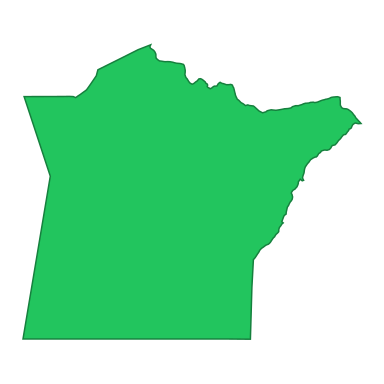 Bondo, Nyanza, Kenya
{"feature_id": "3690345B84738590288078", "entity_name": "Bondo", "entity_type": "district", "adm_level": 2, "iso_a3": "KEN", "parent_name": "Kenya", "parent_adm1": "Nyanza", "projection": "orthographic", "projection_center": [34.246, -0.149], "detail": "fine", "context": "isolated", "style": "filled", "palette": "green", "viewbox_px": 384, "rotation_deg": 0, "n_neighbors": 0, "source": "geoboundaries", "source_scale": "gbopen_adm2", "svg_char_len": 4332}
<svg xmlns="http://www.w3.org/2000/svg" viewBox="0 0 384 384"><path d="M97.9,69.8L96.3,75.8L91.6,82.7L88.6,87.0L86.5,89.9L85.8,90.4L85.3,90.8L84.6,91.3L79.8,94.8L78.7,95.5L77.9,96.0L77.1,96.6L76.3,97.2L75.6,97.6L74.4,97.1L73.4,96.6L69.2,96.4L63.2,96.5L24.1,96.6L39.0,141.8L50.3,176.2L23.0,339.0L25.3,339.0L47.7,339.0L96.5,339.0L135.9,339.0L151.4,339.0L171.3,339.0L175.6,339.0L180.8,339.0L227.3,339.0L250.4,339.2L251.9,287.3L253.4,259.6L254.0,259.0L255.1,257.7L256.3,255.9L256.8,255.1L257.5,254.0L258.0,253.3L258.6,252.5L259.7,250.4L260.3,249.6L261.6,248.3L263.5,247.0L265.2,245.7L266.1,245.1L266.7,244.8L268.2,244.3L269.4,243.4L270.6,242.0L270.9,241.5L271.4,240.7L272.4,239.2L272.9,238.5L273.5,237.7L274.6,236.8L275.2,235.6L276.2,234.2L276.7,233.8L277.5,233.1L278.7,231.7L278.8,229.5L279.3,227.8L280.0,226.7L280.8,225.8L281.8,224.1L283.2,222.9L281.8,221.7L282.1,220.9L282.7,219.3L282.9,218.6L283.2,218.0L283.7,216.5L284.1,215.8L284.7,215.1L286.1,214.1L286.2,212.3L286.7,210.1L287.2,207.8L287.5,206.9L288.4,205.7L288.8,204.9L289.1,204.1L289.8,202.8L290.1,202.2L291.4,200.7L292.2,199.2L292.5,197.7L292.6,196.8L292.4,196.1L292.0,194.4L291.3,193.2L291.7,192.0L292.9,190.3L295.2,188.9L295.7,188.2L296.9,186.9L297.7,185.2L298.0,184.4L298.3,183.4L298.3,182.0L299.0,181.0L300.2,179.2L302.2,180.8L303.6,180.3L302.6,178.2L302.6,177.4L303.0,175.7L303.7,173.8L304.0,172.9L304.1,172.2L304.4,170.0L304.7,168.6L305.3,166.9L306.2,165.6L307.1,164.2L308.1,163.0L309.1,161.9L309.9,160.6L310.7,159.6L312.4,158.5L313.3,157.9L314.9,157.2L315.6,157.0L316.2,157.0L317.4,155.9L317.9,154.9L318.8,153.5L320.4,152.5L321.4,151.0L323.5,150.3L324.2,150.1L324.9,150.0L326.5,150.2L327.2,150.2L329.4,149.5L330.7,148.1L331.1,147.5L331.3,146.9L332.3,145.5L335.0,144.9L335.7,144.2L336.8,143.0L337.5,142.0L338.6,140.4L339.7,139.5L340.7,138.4L341.8,136.8L343.5,134.8L345.6,134.4L346.7,133.0L347.3,132.0L348.6,130.6L349.1,129.1L349.7,128.9L350.4,128.7L351.4,127.8L351.6,127.0L351.9,126.3L352.8,124.6L354.5,123.4L355.1,123.1L355.8,123.1L357.3,123.5L358.5,123.7L361.0,123.5L359.8,122.1L359.2,121.5L358.8,121.1L357.8,120.0L357.1,119.2L355.7,117.7L354.9,116.1L353.6,114.6L352.2,112.7L350.6,111.2L349.6,110.5L348.4,109.6L346.8,108.9L344.7,108.7L343.6,108.6L342.3,108.2L341.2,106.9L340.4,105.3L340.3,104.2L340.3,101.9L340.3,100.8L340.1,99.9L340.0,97.5L338.3,96.9L337.3,96.7L336.3,96.8L334.9,96.9L334.3,97.0L333.6,97.0L331.8,97.3L331.2,97.4L330.6,97.7L329.3,98.4L327.3,99.0L325.5,99.3L324.4,99.7L322.6,100.1L321.4,100.5L319.9,101.1L318.2,101.8L317.5,102.1L316.5,102.3L314.7,102.6L313.5,102.2L312.8,102.2L312.1,102.3L310.4,102.4L309.7,102.7L308.9,103.0L306.8,103.2L306.0,103.2L305.2,103.3L303.3,103.9L301.8,104.6L301.2,104.8L300.4,105.0L298.3,105.7L297.3,105.7L295.6,105.7L294.9,105.9L294.0,106.2L292.4,106.7L291.2,107.8L290.2,108.1L288.2,108.5L287.1,108.6L285.7,108.7L284.3,108.8L283.5,109.0L281.5,109.4L278.7,109.9L275.9,110.3L272.9,110.0L271.2,109.8L269.4,110.2L267.8,110.6L267.0,110.9L265.7,112.0L264.9,112.1L263.3,112.6L262.6,112.8L260.4,111.7L259.6,111.3L258.7,110.7L257.1,109.2L256.4,108.6L255.6,107.8L254.1,106.5L253.4,106.0L250.4,105.6L249.4,105.5L247.8,104.9L246.1,105.4L245.5,105.6L244.1,104.5L243.6,104.1L242.9,103.6L241.7,103.0L241.1,102.7L238.9,100.4L237.2,99.1L236.6,97.7L236.3,97.2L235.5,95.3L235.3,94.5L235.2,93.8L234.7,92.1L234.3,90.2L234.1,89.5L233.7,87.9L233.3,87.2L232.9,86.6L232.4,85.1L230.8,84.4L228.6,84.7L226.3,84.7L225.6,84.4L223.6,83.7L221.8,83.3L220.1,82.3L218.7,83.3L218.2,83.8L217.7,84.7L216.9,86.0L214.9,86.2L214.3,86.1L212.4,87.3L211.8,88.0L210.1,88.7L209.5,88.2L208.2,87.6L207.6,87.1L207.2,86.6L207.6,85.3L207.5,84.6L207.2,84.0L205.9,83.3L205.6,82.6L205.2,81.9L203.9,80.8L203.2,80.2L201.9,79.3L201.3,79.0L200.5,78.7L198.9,78.9L198.3,79.6L197.0,81.1L196.3,81.5L195.6,82.0L193.8,83.5L192.2,84.2L191.3,83.8L189.7,82.8L188.4,81.0L187.1,78.8L185.9,77.5L184.9,74.6L185.2,72.0L185.2,71.1L185.2,70.2L184.7,67.6L184.1,65.4L183.4,64.4L181.0,63.7L180.0,63.5L178.8,63.4L176.4,63.2L174.0,62.6L173.1,62.3L172.1,62.1L169.8,61.7L167.5,61.6L165.8,61.7L165.0,61.7L164.2,61.6L161.7,61.2L159.4,60.9L157.6,59.6L156.2,58.2L156.0,57.3L155.9,56.6L155.9,54.8L155.8,54.0L155.5,53.3L154.8,51.8L154.2,51.0L153.5,50.2L151.7,49.0L151.0,48.6L150.4,48.2L149.9,46.6L150.7,44.8L138.1,49.7L122.0,57.8L100.9,68.3L97.9,69.8Z" fill="#22c55e" stroke="#15803d" stroke-width="1.5"/></svg>